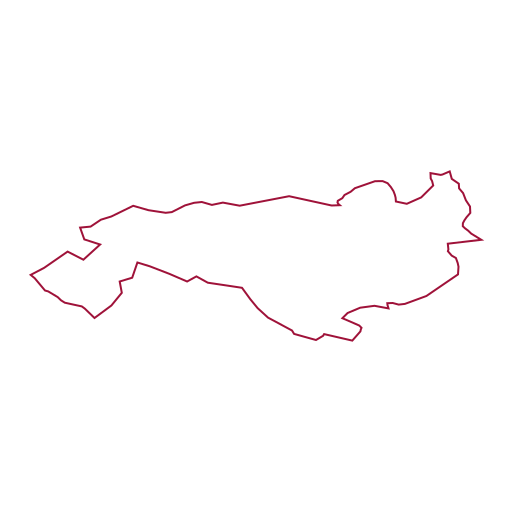 an SVG outline of Ogre
{"feature_id": "LVA-1088", "entity_name": "Ogre", "entity_type": "Municipality", "adm_level": 1, "iso_a3": "LVA", "parent_name": "Latvia", "parent_adm1": "", "projection": "equal_earth", "projection_center": [25.166, 56.846], "detail": "fine", "context": "isolated", "style": "outline", "palette": "rose", "viewbox_px": 512, "rotation_deg": 0, "n_neighbors": 0, "source": "natural_earth", "source_scale": "10m", "svg_char_len": 1526}
<svg xmlns="http://www.w3.org/2000/svg" viewBox="0 0 512 512"><path d="M440.7,174.9L442.5,174.5L449.7,171.4L451.8,178.9L458.8,183.7L459.1,188.4L463.1,193.1L465.9,200.3L470.0,206.5L470.3,212.9L466.5,217.3L464.3,220.5L462.9,223.2L462.8,226.2L465.0,228.3L468.2,230.7L471.2,233.6L481.3,239.8L447.8,243.7L448.4,249.4L447.9,251.2L451.7,255.6L455.9,258.0L457.7,263.0L458.5,266.7L458.0,274.4L426.4,296.0L404.9,303.9L398.7,304.6L392.7,303.0L387.3,303.2L387.5,305.0L388.5,308.4L374.5,305.8L360.2,307.7L347.6,313.0L342.4,318.2L359.2,325.5L361.5,327.8L360.8,329.5L360.4,331.4L352.3,340.6L324.1,334.1L323.1,335.8L316.0,340.0L304.8,336.9L294.1,333.9L292.0,330.5L268.0,317.6L257.6,308.1L250.3,299.2L242.0,287.8L225.4,285.3L207.8,282.7L196.4,276.4L187.1,281.5L169.5,273.9L149.8,266.3L137.4,262.5L132.2,277.7L119.7,281.5L121.8,292.8L111.4,305.5L94.5,318.0L84.8,308.6L81.8,306.4L73.0,304.5L64.8,302.7L61.0,300.3L57.7,297.1L48.2,291.4L45.0,290.5L34.7,278.2L30.7,274.9L44.2,267.8L67.6,251.6L83.4,259.7L100.1,244.5L84.3,239.4L80.1,227.6L90.6,226.6L100.9,219.7L111.3,216.5L133.2,205.8L148.5,210.2L165.7,212.8L171.8,212.1L185.0,205.4L194.1,202.8L201.8,202.0L211.9,204.9L222.9,202.6L239.7,205.7L289.1,196.2L331.6,205.5L339.8,205.2L338.3,203.9L337.5,202.5L337.8,200.8L342.3,198.2L344.5,195.0L350.6,191.8L354.9,188.2L375.0,181.2L382.6,181.1L387.6,183.2L390.9,187.1L393.5,191.2L394.9,194.9L395.6,197.7L395.9,201.5L406.8,203.8L421.2,197.4L433.2,185.5L432.1,181.1L430.7,178.5L430.5,173.1L440.7,174.9Z" fill="none" stroke="#9f1239" stroke-width="2"/></svg>